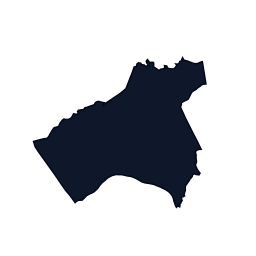 the district of São João Batista, Maranhão, Brazil, rotated 111°
{"feature_id": "56859067B29917550346546", "entity_name": "São João Batista", "entity_type": "district", "adm_level": 2, "iso_a3": "BRA", "parent_name": "Brazil", "parent_adm1": "Maranhão", "projection": "equal_earth", "projection_center": [-44.778, -3.014], "detail": "fine", "context": "isolated", "style": "filled", "palette": "ink", "viewbox_px": 256, "rotation_deg": 111, "n_neighbors": 0, "source": "geoboundaries", "source_scale": "gbopen_adm2", "svg_char_len": 2636}
<svg xmlns="http://www.w3.org/2000/svg" viewBox="0 0 256 256"><g transform="rotate(111 128 128)"><path d="M216.6,150.6L215.2,150.0L213.3,148.4L211.7,144.9L209.0,143.7L205.9,142.4L202.8,139.7L201.5,138.3L199.5,136.7L197.9,135.9L195.1,134.6L192.7,134.1L190.6,133.4L188.8,132.8L187.1,131.9L185.3,130.8L183.8,130.1L181.6,128.9L179.7,127.3L177.9,125.6L176.5,123.6L175.6,122.3L174.8,119.7L173.9,117.4L173.5,115.5L173.2,113.0L172.8,110.5L172.3,108.6L172.1,106.7L172.1,104.2L172.3,101.8L172.6,100.0L172.9,98.1L173.3,95.9L173.1,92.4L172.2,88.4L171.7,85.6L171.4,83.3L171.5,80.5L171.5,76.6L171.8,74.1L172.0,70.9L172.9,67.1L174.1,64.5L175.2,62.7L176.2,61.6L177.8,60.1L179.5,59.2L181.3,57.5L183.0,56.3L184.7,54.4L183.0,53.6L183.1,51.5L181.6,51.7L180.8,53.1L179.7,51.9L177.8,51.8L176.1,51.5L174.7,52.8L173.2,53.3L172.3,51.7L171.1,50.8L170.0,51.8L168.5,52.0L165.7,52.1L163.3,53.1L161.6,53.6L159.4,53.1L155.2,52.0L153.2,51.8L151.7,51.0L150.1,50.7L148.3,50.9L147.0,49.9L147.0,47.7L146.2,44.8L144.3,44.6L143.2,46.6L141.8,48.5L139.7,50.7L137.9,52.0L135.9,51.8L134.4,52.2L132.7,53.2L130.3,54.3L128.7,54.7L127.5,55.8L125.5,56.6L123.8,55.5L122.6,54.2L121.7,52.1L116.5,57.6L108.4,66.7L97.9,78.2L89.6,86.6L87.8,86.5L85.3,87.1L83.2,85.6L81.1,83.5L79.5,82.2L78.1,82.0L75.9,81.8L71.9,81.4L69.6,80.0L67.6,78.3L66.0,77.6L64.6,76.7L63.2,75.7L61.4,74.8L60.0,73.2L59.0,71.0L39.4,82.4L40.3,83.6L41.6,84.9L42.7,85.9L43.5,87.4L44.3,90.0L44.2,92.1L44.3,93.9L44.2,96.4L44.6,100.3L42.8,102.2L44.8,102.4L46.1,102.0L47.2,103.4L49.0,103.5L50.6,104.4L51.1,106.3L52.0,104.8L53.4,105.3L55.0,105.6L56.6,106.8L57.6,109.8L57.9,112.5L56.2,114.1L56.7,116.3L58.0,115.6L59.3,115.2L60.7,117.3L61.6,118.8L63.0,119.2L63.0,121.0L62.4,122.8L62.0,125.5L60.5,126.5L59.2,126.8L57.7,127.7L58.2,129.5L59.2,131.5L58.0,132.8L57.2,134.4L59.2,134.9L60.8,133.5L62.3,130.8L63.0,132.4L64.3,133.2L63.4,135.3L63.9,138.0L63.0,139.3L63.3,141.4L64.7,142.5L66.4,142.4L67.9,142.2L68.7,144.1L74.6,143.9L89.9,144.0L92.0,144.0L98.3,147.5L115.0,159.2L112.9,159.2L113.4,161.8L113.7,165.1L114.7,166.6L116.6,167.7L118.1,167.6L119.1,168.7L120.2,170.0L122.1,172.3L123.5,173.8L124.5,175.5L126.8,176.1L128.1,178.7L129.2,180.6L130.7,181.0L132.1,179.4L133.8,181.0L134.2,183.9L136.2,184.1L138.0,184.4L139.5,185.0L141.2,186.5L142.3,189.0L142.6,191.1L144.4,192.2L145.8,192.5L147.5,193.1L149.8,193.2L151.2,193.3L152.7,194.9L154.1,197.0L156.4,197.7L158.5,198.1L160.0,198.3L162.1,198.7L164.1,198.9L165.6,199.4L166.8,200.0L168.0,202.4L169.6,204.8L174.4,211.4L178.9,207.8L180.2,205.9L182.0,203.5L183.9,200.6L198.1,179.1L203.1,171.9L208.6,163.9L211.9,157.8L216.6,150.6Z" fill="#0f172a" stroke="#020617" stroke-width="1.5"/></g></svg>